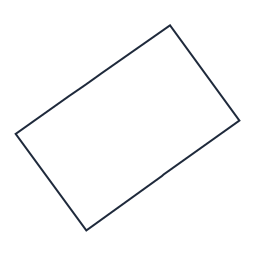 outline of Adams, Indiana, United States of America, rotated 235°
{"feature_id": "52423323B32450220216065", "entity_name": "Adams", "entity_type": "district", "adm_level": 2, "iso_a3": "USA", "parent_name": "United States of America", "parent_adm1": "Indiana", "projection": "robinson", "projection_center": [-84.869, 40.745], "detail": "fine", "context": "isolated", "style": "outline", "palette": "slate", "viewbox_px": 256, "rotation_deg": 235, "n_neighbors": 0, "source": "geoboundaries", "source_scale": "gbopen_adm2", "svg_char_len": 374}
<svg xmlns="http://www.w3.org/2000/svg" viewBox="0 0 256 256"><g transform="rotate(235 128 128)"><path d="M70.2,223.5L188.0,221.3L188.0,182.2L188.0,173.9L188.0,166.1L188.0,158.2L188.0,157.1L188.0,151.1L188.0,142.4L188.0,137.3L187.9,129.7L187.8,117.2L188.0,98.3L187.6,32.6L68.0,35.1L69.2,128.3L69.5,130.6L70.2,223.5Z" fill="none" stroke="#1e293b" stroke-width="2"/></g></svg>